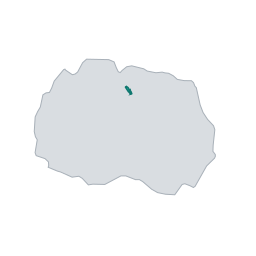 Aerodrom, Gazi Baba, North Macedonia (highlighted), rotated 26°
{"feature_id": "65306769B95040273905804", "entity_name": "Aerodrom", "entity_type": "district", "adm_level": 2, "iso_a3": "MKD", "parent_name": "North Macedonia", "parent_adm1": "Gazi Baba", "projection": "equal_earth", "projection_center": [21.518, 41.968], "detail": "fine", "context": "in_parent", "style": "filled", "palette": "teal", "viewbox_px": 256, "rotation_deg": 26, "n_neighbors": 0, "source": "geoboundaries", "source_scale": "gbopen_adm2", "svg_char_len": 1524}
<svg xmlns="http://www.w3.org/2000/svg" viewBox="0 0 256 256"><g transform="rotate(26 128 128)"><path d="M116.3,67.9L120.3,68.4L128.9,66.1L134.2,62.8L136.9,62.3L140.5,61.0L145.7,61.2L151.0,62.7L157.7,60.8L164.3,57.7L167.0,58.5L169.8,61.1L171.7,61.8L182.7,75.6L188.7,81.2L195.8,85.4L203.9,88.5L206.8,91.5L212.1,106.2L214.6,111.8L218.0,113.5L218.9,115.1L219.0,117.2L215.3,127.6L213.9,150.9L212.9,152.8L208.9,152.7L203.5,153.2L201.4,155.0L199.3,167.5L190.7,171.1L182.9,173.1L176.2,172.7L164.6,169.7L160.8,169.4L157.5,171.1L147.1,172.0L142.6,174.2L131.9,188.9L121.0,193.9L117.3,196.5L109.0,193.3L105.0,192.9L99.3,196.7L86.7,197.1L83.3,197.7L73.5,198.3L73.1,196.3L71.3,193.3L66.8,191.9L57.6,193.1L55.3,190.9L51.6,178.4L48.6,176.4L45.3,172.3L39.7,158.7L39.6,152.8L40.0,147.6L37.0,135.5L38.9,132.4L41.8,130.5L41.9,125.6L41.1,118.2L44.6,103.7L45.5,102.7L46.4,103.3L54.6,104.5L56.8,102.7L58.2,99.8L58.6,89.2L60.6,84.3L80.7,75.0L86.5,74.7L91.0,78.9L94.6,81.7L96.7,81.6L97.5,78.8L100.0,73.5L104.1,70.5L116.2,67.9L116.3,67.9Z" fill="#d9dde1" stroke="#a8b0b8" stroke-width="1"/><path d="M116.3,95.8L116.3,95.4L115.4,94.9L115.4,94.5L114.9,94.3L114.6,93.8L114.1,93.7L113.8,93.9L113.4,93.1L113.3,93.5L113.0,93.5L112.8,93.3L113.0,93.1L112.9,92.9L112.6,92.9L112.6,93.1L112.0,93.1L111.7,92.5L110.8,91.9L109.4,91.4L108.7,91.8L108.3,91.4L107.8,92.1L107.9,92.5L112.4,95.2L112.7,95.1L113.5,95.4L113.4,95.5L114.3,95.9L114.9,95.9L115.1,95.7L115.4,96.0L115.7,96.1L115.6,96.4L116.3,95.8Z" fill="#14b8a6" stroke="#0f766e" stroke-width="1.5"/></g></svg>